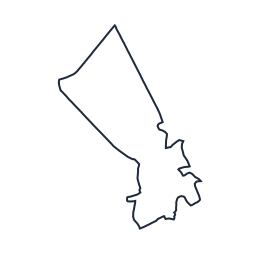 the district of As-Sweida, As Suwayda', Syria, rotated 251°
{"feature_id": "27442178B49241886307156", "entity_name": "As-Sweida", "entity_type": "district", "adm_level": 2, "iso_a3": "SYR", "parent_name": "Syria", "parent_adm1": "As Suwayda'", "projection": "robinson", "projection_center": [36.721, 32.771], "detail": "fine", "context": "isolated", "style": "outline", "palette": "slate", "viewbox_px": 256, "rotation_deg": 251, "n_neighbors": 0, "source": "geoboundaries", "source_scale": "gbopen_adm2", "svg_char_len": 3661}
<svg xmlns="http://www.w3.org/2000/svg" viewBox="0 0 256 256"><g transform="rotate(251 128 128)"><path d="M185.4,76.5L184.1,77.3L178.5,79.9L174.6,81.4L170.9,83.2L166.4,85.2L162.4,87.1L158.5,88.9L154.3,90.7L150.1,92.6L145.5,94.7L141.0,96.7L136.1,99.0L132.1,100.9L123.9,104.7L119.6,106.7L115.4,108.5L111.8,110.8L109.8,112.1L109.5,112.3L104.2,116.0L102.0,117.6L100.7,118.5L96.9,122.3L96.6,123.5L95.7,124.3L93.2,125.5L90.5,126.7L90.4,126.8L88.7,126.0L86.2,124.2L83.9,123.5L78.7,121.2L77.0,120.5L73.2,120.2L72.1,120.2L71.6,120.2L71.1,120.1L70.2,120.1L69.4,120.1L68.8,120.1L67.1,120.1L66.3,119.1L65.3,118.5L64.3,118.6L63.7,118.5L63.3,118.5L63.0,118.6L62.1,115.7L62.1,114.6L62.1,113.6L62.2,112.0L62.2,111.6L62.2,110.4L62.3,109.2L62.3,108.0L62.7,106.0L62.7,104.7L61.2,104.0L59.5,103.5L58.8,103.9L58.7,104.0L57.6,106.7L57.4,107.5L57.2,108.3L57.1,108.8L56.9,109.4L56.7,111.1L55.7,110.8L54.5,110.1L53.2,109.4L52.5,109.0L51.7,108.5L50.9,108.1L49.9,107.6L46.5,105.5L42.5,104.0L40.0,103.8L38.6,104.0L36.6,104.9L34.3,105.8L32.6,106.2L29.8,106.6L29.1,106.5L29.1,106.9L29.1,107.0L29.1,107.3L29.1,107.5L29.1,107.9L29.2,108.2L29.2,108.4L29.2,108.7L29.2,109.1L29.2,109.7L29.4,111.4L29.5,112.4L29.6,112.9L29.6,113.5L29.7,113.8L29.7,114.0L29.8,114.7L29.9,115.8L30.2,117.9L30.3,118.4L30.4,119.1L30.5,119.8L30.9,123.0L31.1,124.5L31.7,125.6L31.8,125.8L31.9,126.1L32.0,126.2L32.1,126.4L32.1,126.5L32.3,126.7L32.6,129.8L33.0,133.2L32.7,133.6L31.9,133.5L31.2,133.6L29.8,133.9L29.6,134.8L29.4,135.9L29.2,136.7L29.1,137.4L27.6,139.9L27.1,140.7L26.6,141.5L27.0,142.0L28.0,142.7L29.3,142.9L30.7,144.4L31.6,144.4L32.7,144.4L33.0,144.2L33.5,145.5L33.8,145.7L33.8,145.8L34.0,146.0L34.3,146.3L34.5,146.5L34.8,146.9L36.5,147.3L38.1,148.0L39.7,148.7L42.1,149.5L44.7,151.2L46.1,152.8L46.3,154.7L46.2,156.3L45.2,158.1L44.1,159.0L40.2,159.5L38.5,160.0L34.3,162.1L34.4,164.1L35.2,167.8L35.2,168.2L35.2,168.3L35.2,169.2L35.9,171.3L36.7,172.7L38.4,173.0L41.4,173.1L45.8,172.8L46.1,172.8L47.5,172.7L48.9,172.6L51.2,172.5L53.7,173.1L55.1,175.4L54.1,179.5L54.9,179.2L56.9,178.2L58.5,176.8L59.4,175.9L60.2,175.3L62.2,174.5L63.8,173.6L65.1,172.4L65.7,171.8L65.7,169.0L65.1,167.1L64.8,165.8L65.0,164.5L68.8,163.8L72.4,162.1L72.9,163.0L72.9,166.0L72.8,167.7L72.3,170.5L71.8,172.0L71.6,173.8L74.2,173.7L77.5,173.5L80.6,172.7L80.8,172.7L81.6,172.5L82.4,172.2L82.8,172.1L84.0,171.8L85.2,171.9L87.0,172.1L87.7,172.1L88.3,172.2L88.7,172.2L90.3,172.3L91.5,172.3L95.2,173.8L97.6,176.0L99.3,173.4L99.5,173.1L99.8,172.5L99.9,172.4L99.4,170.5L98.9,168.7L97.6,165.0L96.9,163.5L96.4,162.9L96.1,162.0L96.2,161.9L96.3,161.1L96.5,159.3L96.6,157.8L96.7,157.3L99.0,158.1L100.1,158.5L101.5,159.1L103.9,160.0L107.0,161.7L109.5,162.9L111.5,162.1L112.2,161.8L114.5,159.7L116.4,157.1L118.5,156.7L119.8,156.5L120.5,156.9L121.4,157.5L122.0,158.8L122.0,159.0L122.3,162.7L124.3,162.7L126.5,162.7L127.2,162.7L131.0,162.7L136.5,162.2L140.9,161.5L144.9,160.9L150.0,160.2L154.8,159.5L159.0,158.8L162.3,158.4L164.0,158.2L165.5,157.9L168.3,157.5L173.3,156.9L178.5,156.2L179.8,156.0L183.3,155.5L187.5,154.9L188.3,154.8L193.0,154.1L198.3,153.4L202.0,152.8L202.9,152.7L203.7,152.6L208.1,152.0L213.8,151.1L219.3,150.4L224.9,149.4L227.6,149.3L228.4,149.2L229.3,148.9L228.6,147.6L227.5,145.8L227.4,145.6L225.8,143.0L222.7,138.0L221.7,136.4L220.5,134.5L219.6,133.1L217.2,129.2L214.0,124.0L211.5,119.9L209.9,117.6L207.0,112.8L203.9,107.8L201.7,104.2L200.1,101.5L198.1,98.2L197.0,95.6L196.5,93.8L196.4,92.2L196.2,90.2L196.1,89.2L195.8,85.5L195.9,85.0L195.9,83.9L195.9,82.9L196.0,81.1L196.1,78.7L194.6,77.8L192.4,77.1L190.4,76.8L189.9,76.8L189.1,76.7L186.3,76.6L185.7,76.6L185.4,76.5L185.4,76.5Z" fill="none" stroke="#1e293b" stroke-width="2"/></g></svg>